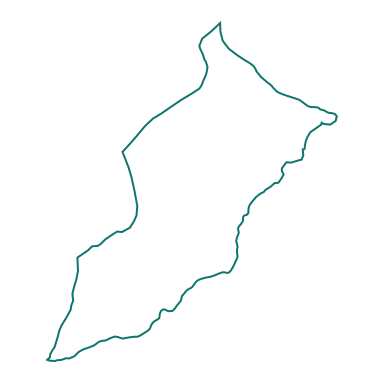 Phangyuel, Wangdi Phodrang, Bhutan (Mercator projection)
{"feature_id": "84629894B89694537760165", "entity_name": "Phangyuel", "entity_type": "district", "adm_level": 2, "iso_a3": "BTN", "parent_name": "Bhutan", "parent_adm1": "Wangdi Phodrang", "projection": "mercator", "projection_center": [89.951, 27.528], "detail": "fine", "context": "isolated", "style": "outline", "palette": "teal", "viewbox_px": 384, "rotation_deg": 0, "n_neighbors": 0, "source": "geoboundaries", "source_scale": "gbopen_adm2", "svg_char_len": 3272}
<svg xmlns="http://www.w3.org/2000/svg" viewBox="0 0 384 384"><path d="M220.2,273.2L222.1,272.3L224.4,272.3L227.0,272.9L228.2,272.8L229.4,272.1L230.5,271.0L231.2,270.1L233.2,266.6L235.7,261.3L236.4,259.7L237.1,258.2L237.5,256.4L237.0,251.9L237.1,249.2L237.6,246.9L237.4,245.6L236.5,242.3L236.2,240.8L237.1,237.1L237.7,235.7L238.7,233.2L238.7,232.1L238.4,230.6L238.1,229.3L238.1,228.0L239.0,226.4L239.8,225.4L241.2,223.7L242.7,221.5L243.1,220.0L243.1,217.0L244.1,215.6L245.3,215.2L246.8,214.8L248.2,213.3L248.6,208.2L248.9,206.8L250.0,204.5L253.0,200.6L256.0,197.1L259.7,194.1L260.8,193.4L263.7,192.1L264.6,191.0L265.8,189.6L268.0,188.4L271.0,186.4L273.7,183.9L274.8,183.0L276.4,183.0L278.4,182.7L281.2,178.8L283.6,174.6L281.8,170.6L281.9,168.3L286.3,162.3L291.4,162.6L298.1,160.5L301.6,159.6L303.3,155.4L302.7,149.4L304.4,149.2L305.4,143.0L306.0,140.4L307.4,137.1L310.2,132.3L321.2,124.6L321.7,122.7L324.1,124.0L330.2,124.6L335.7,120.9L336.8,116.1L334.8,114.0L332.2,113.2L329.4,112.9L328.2,112.6L326.2,111.7L324.4,110.5L322.4,110.0L320.3,109.4L318.6,107.9L316.7,107.3L313.8,107.1L311.1,107.1L309.6,106.7L307.3,105.7L299.7,100.1L298.5,99.5L296.2,98.8L293.7,97.9L287.3,95.9L282.7,94.3L279.0,92.7L277.2,91.8L276.3,91.0L272.8,87.4L271.7,85.9L270.0,84.3L267.3,82.3L263.3,79.0L260.8,76.7L257.4,72.5L256.2,70.8L255.6,69.2L253.9,66.5L252.3,65.0L249.5,63.0L244.7,60.1L238.4,56.0L236.3,54.5L232.2,51.3L230.1,49.8L229.0,48.9L224.2,42.8L222.6,40.4L222.1,38.2L220.5,32.2L220.1,23.0L211.8,30.9L210.7,31.8L203.2,37.8L202.1,38.7L200.2,43.7L199.3,45.9L200.2,48.8L202.7,53.9L204.4,59.5L205.8,61.5L207.5,66.9L207.0,70.7L206.0,74.7L203.2,81.0L201.7,85.1L199.4,88.6L191.6,93.7L185.2,97.5L180.5,100.4L170.3,107.3L163.1,112.3L161.9,113.2L153.0,118.6L150.2,121.2L144.9,126.2L139.4,132.8L137.2,135.4L131.8,141.7L128.4,145.5L122.5,151.9L128.7,167.7L131.7,178.2L134.7,191.8L134.9,193.2L137.0,204.4L137.3,205.7L136.5,215.4L133.9,221.4L129.9,227.7L122.0,232.0L117.1,231.6L114.4,233.3L111.1,235.4L105.2,239.5L100.7,244.0L97.7,245.9L92.1,246.3L88.1,250.3L77.4,257.6L78.0,271.0L76.4,279.2L74.2,286.4L72.8,292.2L72.4,294.0L73.2,300.7L71.3,305.4L70.7,309.7L67.8,315.0L65.2,319.5L61.4,325.7L59.2,330.9L58.1,335.6L54.5,347.4L53.1,349.3L51.6,351.6L50.3,354.2L49.9,357.4L47.2,359.8L49.3,360.5L51.8,360.9L53.6,360.9L55.2,361.0L57.1,360.2L59.1,360.1L61.5,359.9L62.9,359.4L65.1,358.5L66.9,358.2L69.0,358.5L70.3,358.0L73.1,356.9L74.8,355.9L78.4,352.2L79.5,351.5L82.7,349.7L84.6,348.9L89.2,347.4L93.7,345.6L96.1,343.9L98.2,342.3L99.7,341.5L101.9,340.9L105.0,340.5L106.1,340.3L108.6,339.0L110.2,338.3L111.6,337.7L113.9,336.8L115.1,336.6L117.5,336.9L119.4,337.6L122.6,338.6L128.4,337.5L134.5,336.7L135.9,336.8L137.7,336.6L139.8,335.8L144.7,332.7L146.2,331.8L147.4,330.9L148.6,330.1L150.0,328.5L151.0,325.7L152.5,323.0L154.3,321.3L158.3,319.0L159.2,318.1L159.6,316.2L159.7,314.1L160.4,312.3L161.2,310.8L162.8,309.6L164.8,309.4L166.9,310.6L168.8,311.2L172.4,310.9L173.5,310.0L175.0,308.3L176.8,305.7L178.5,303.6L179.9,302.0L180.8,300.6L181.6,297.9L181.9,296.2L184.6,293.0L185.5,291.8L186.6,290.5L188.5,289.2L191.4,287.7L192.3,286.9L195.6,282.4L197.1,280.9L198.4,280.0L201.2,278.9L202.5,278.5L206.5,277.5L209.2,277.0L210.7,276.7L215.9,274.9L218.9,273.5L220.2,273.2Z" fill="none" stroke="#0f766e" stroke-width="2"/></svg>